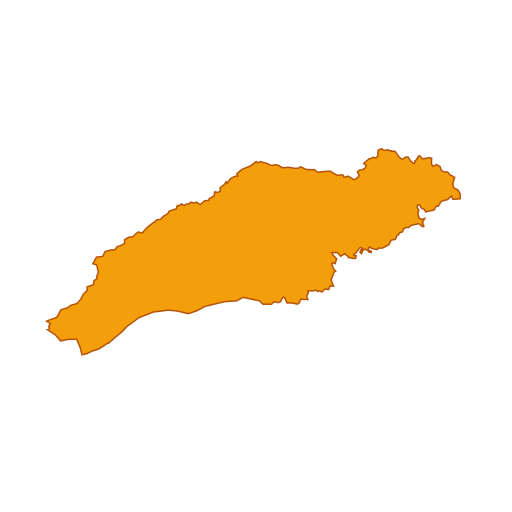 Salayea, Lofa, Liberia, rotated 213°
{"feature_id": "62588387B29328841835384", "entity_name": "Salayea", "entity_type": "district", "adm_level": 2, "iso_a3": "LBR", "parent_name": "Liberia", "parent_adm1": "Lofa", "projection": "orthographic", "projection_center": [-9.631, 7.472], "detail": "fine", "context": "isolated", "style": "filled", "palette": "amber", "viewbox_px": 512, "rotation_deg": 213, "n_neighbors": 0, "source": "geoboundaries", "source_scale": "gbopen_adm2", "svg_char_len": 5712}
<svg xmlns="http://www.w3.org/2000/svg" viewBox="0 0 512 512"><g transform="rotate(213 256 256)"><path d="M151.2,336.9L151.1,337.3L150.7,337.9L151.3,342.9L148.2,345.9L149.0,350.3L148.0,351.2L148.2,353.9L146.9,355.2L146.3,355.9L146.6,357.4L147.0,359.4L146.1,360.9L146.0,361.0L145.4,362.0L145.0,362.2L143.5,362.9L143.0,364.7L142.5,366.3L137.2,371.7L137.0,371.9L133.2,371.4L132.2,371.3L131.4,372.4L133.0,373.7L134.9,375.2L134.9,378.8L134.9,379.4L136.5,377.6L137.4,376.6L137.7,376.7L139.7,376.7L140.5,377.4L141.4,377.6L141.8,378.4L143.2,379.5L144.3,382.6L144.5,383.1L146.5,384.0L147.5,384.7L148.2,386.5L146.9,388.1L145.7,387.5L143.2,386.2L141.9,386.4L140.2,386.8L137.8,385.4L137.3,385.9L132.6,390.6L131.7,391.7L132.0,395.2L132.1,395.9L130.3,397.0L130.4,401.1L130.4,402.8L126.1,407.6L125.9,407.9L125.8,408.5L125.3,411.1L124.6,412.7L124.2,412.4L123.1,411.7L121.7,410.8L120.3,411.8L115.9,415.2L116.3,415.8L116.7,416.4L118.4,419.0L118.9,419.4L119.4,419.8L122.6,421.4L126.7,420.8L126.9,420.8L128.7,422.1L130.2,423.5L130.5,424.6L131.9,428.9L132.0,429.1L132.3,430.2L133.0,429.8L135.4,430.1L137.3,429.5L138.4,429.9L140.2,430.7L140.3,430.7L141.7,430.5L143.7,429.1L145.8,428.7L146.5,428.7L146.9,428.6L150.0,431.0L150.7,431.2L151.6,431.2L154.0,431.0L154.4,431.0L154.9,430.0L156.4,427.7L157.0,427.9L159.0,428.7L161.6,433.0L162.0,433.7L164.4,432.7L166.0,431.2L167.1,430.1L169.3,428.1L173.5,429.2L174.0,428.2L174.0,426.8L173.9,424.1L174.5,422.1L173.5,420.3L173.5,420.2L173.8,419.7L174.9,419.5L177.4,419.8L178.3,419.9L181.1,421.3L182.3,421.8L184.6,420.3L185.2,418.0L186.5,416.6L189.8,416.9L190.7,417.3L192.0,417.8L193.8,418.6L194.0,418.6L196.2,419.3L196.5,419.4L196.7,419.5L197.5,418.9L199.3,417.7L199.6,418.0L200.2,417.7L200.4,417.2L203.4,416.9L204.1,416.0L206.3,414.2L207.0,414.2L209.1,414.4L211.0,411.6L211.0,410.7L208.9,407.1L208.3,406.1L208.9,403.1L211.5,402.7L212.4,400.8L214.2,398.9L214.5,397.5L214.8,396.6L214.9,396.4L215.4,394.6L216.1,392.2L212.8,392.1L212.7,391.8L212.5,388.9L213.4,387.1L214.1,385.8L216.1,384.4L216.8,381.7L213.7,380.2L213.5,379.5L213.2,378.7L214.5,374.3L214.7,373.8L216.2,373.3L218.8,373.3L221.0,373.3L222.1,373.1L222.5,373.0L223.5,371.4L225.1,370.1L226.6,371.1L227.5,371.1L227.8,371.1L230.9,368.7L232.0,367.9L237.4,367.6L237.8,367.6L239.2,367.5L240.5,367.3L250.0,359.8L254.0,360.2L253.9,359.9L254.1,359.9L255.9,358.9L261.1,355.9L264.5,355.5L267.3,355.0L268.3,352.7L271.2,350.7L275.6,348.7L277.3,348.0L278.8,346.6L280.9,345.1L281.6,344.9L282.3,344.3L283.5,344.3L286.2,344.4L289.7,343.0L290.9,341.5L292.5,340.5L293.3,340.0L293.4,339.9L293.9,339.9L296.6,339.8L299.9,338.7L303.3,337.6L303.5,337.6L304.4,336.7L305.2,335.1L307.2,335.4L308.0,333.3L309.7,328.5L314.9,321.1L315.5,319.1L316.1,317.3L316.8,314.4L315.2,313.4L314.8,313.2L317.3,311.0L319.4,307.3L319.9,301.2L321.5,302.0L321.5,298.9L321.7,298.2L323.2,293.7L321.3,291.0L322.6,288.5L325.6,287.3L323.8,283.6L326.0,279.6L326.5,278.8L326.1,276.7L329.1,274.4L330.8,268.8L335.3,268.8L336.6,266.7L340.1,265.6L340.3,263.5L343.1,261.2L343.4,259.2L346.8,259.1L348.2,255.9L349.5,255.5L348.6,252.2L353.3,246.3L353.0,243.5L355.2,239.1L356.1,234.6L358.7,232.5L359.0,231.6L363.0,220.2L363.5,216.6L364.0,213.3L368.0,211.9L369.9,205.0L373.1,202.3L375.1,198.2L373.1,194.8L375.6,190.5L377.5,188.3L377.9,184.2L381.5,181.5L385.0,177.4L384.3,172.2L389.2,168.2L388.6,160.7L384.7,161.7L379.7,156.9L379.4,156.7L378.5,152.1L377.0,150.8L378.4,147.0L376.6,143.4L380.8,138.2L378.8,135.2L380.0,129.9L379.4,123.8L380.2,118.7L384.7,113.4L386.2,109.4L390.3,104.8L389.7,96.0L394.6,89.5L396.1,87.3L391.8,87.3L391.4,83.9L389.8,83.0L389.7,81.2L390.5,80.6L381.5,80.6L376.8,79.3L373.9,78.5L373.6,78.3L368.5,83.5L364.3,86.4L361.2,88.6L353.6,83.5L348.2,78.4L346.7,79.7L346.3,80.0L344.7,82.3L344.3,82.3L344.2,82.9L343.2,84.5L340.8,88.1L338.8,90.2L336.8,93.2L335.4,96.2L333.8,100.0L332.7,102.4L332.1,102.6L332.4,103.0L331.8,104.2L329.9,110.5L329.6,111.6L327.1,119.6L326.2,124.6L325.8,126.9L323.6,132.6L320.6,140.5L311.5,153.2L310.7,153.9L308.0,156.1L304.1,159.4L300.6,162.4L300.0,162.8L292.5,166.8L281.4,170.8L281.2,171.2L280.0,172.6L275.9,177.6L273.7,181.6L271.6,185.6L267.2,190.4L257.3,200.7L251.3,205.3L247.8,207.9L244.3,214.3L236.8,217.1L228.8,220.3L223.8,219.4L218.8,222.7L216.6,224.1L216.5,225.0L216.2,227.1L213.4,228.4L211.8,229.2L210.6,231.0L211.0,235.3L211.0,235.8L210.7,236.0L210.5,236.6L210.1,236.4L209.5,236.8L204.4,233.5L200.9,235.8L200.2,236.2L195.0,238.2L194.2,240.7L194.7,242.7L195.0,244.0L189.8,247.2L188.8,247.7L190.6,248.9L191.1,249.3L191.9,251.0L191.9,251.9L191.9,253.6L193.0,254.4L193.4,254.7L193.2,254.9L193.3,255.2L190.8,256.7L188.5,258.3L187.5,259.9L185.3,259.9L184.9,259.9L184.5,260.3L183.6,261.4L182.5,261.5L181.2,261.6L181.0,262.3L180.1,265.9L178.5,266.6L178.2,267.0L177.9,266.9L176.7,267.4L177.1,268.9L177.6,271.1L175.7,272.3L174.5,273.0L179.9,276.7L180.1,276.8L181.0,282.1L181.9,284.6L181.1,286.2L181.0,286.4L180.9,286.6L184.4,287.6L185.1,288.2L187.4,290.1L188.3,290.9L187.7,292.4L185.4,292.7L186.6,296.3L186.6,296.7L186.6,297.5L190.4,298.4L191.9,298.8L193.0,299.4L194.3,300.2L189.6,303.2L188.1,302.8L184.9,301.9L184.7,302.3L182.7,306.4L178.8,305.7L177.6,305.1L172.2,307.4L171.8,307.6L171.8,307.8L171.3,308.2L172.1,310.8L174.3,309.7L174.9,310.4L174.4,312.0L173.8,312.8L173.9,313.4L174.0,314.8L173.5,316.8L173.6,317.9L173.7,319.1L172.5,320.4L170.2,320.1L170.6,319.7L171.4,318.6L171.1,317.1L170.9,315.9L170.0,315.6L168.8,315.4L169.0,316.5L169.6,318.7L168.4,321.0L165.7,321.5L163.3,320.8L162.5,321.2L161.3,321.8L161.9,322.8L164.8,322.1L165.4,322.4L165.4,322.9L165.8,323.4L165.8,325.1L165.4,325.2L165.4,325.5L164.9,325.3L162.0,325.7L157.8,327.5L157.5,329.5L154.6,331.2L154.0,331.9L152.1,335.3L151.2,336.9Z" fill="#f59e0b" stroke="#b45309" stroke-width="1.5"/></g></svg>